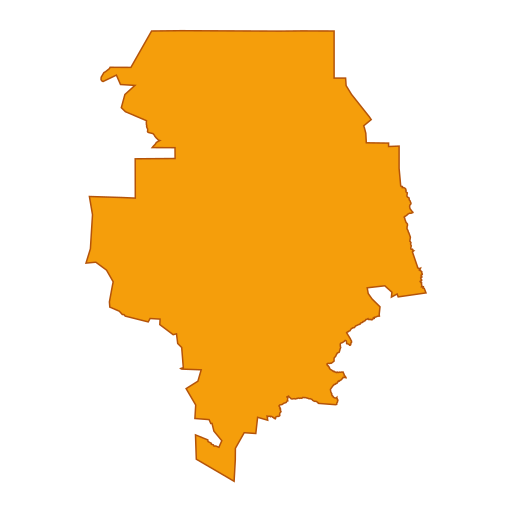 Janos, Chihuahua, Mexico
{"feature_id": "50627088B67966039519122", "entity_name": "Janos", "entity_type": "district", "adm_level": 2, "iso_a3": "MEX", "parent_name": "Mexico", "parent_adm1": "Chihuahua", "projection": "albers", "projection_center": [-108.251, 30.757], "detail": "fine", "context": "isolated", "style": "filled", "palette": "amber", "viewbox_px": 512, "rotation_deg": 0, "n_neighbors": 0, "source": "geoboundaries", "source_scale": "gbopen_adm2", "svg_char_len": 6056}
<svg xmlns="http://www.w3.org/2000/svg" viewBox="0 0 512 512"><path d="M398.2,296.9L426.0,292.9L424.2,288.3L423.0,288.1L423.3,286.7L421.5,286.8L421.9,285.3L421.5,284.3L421.6,282.9L421.6,282.7L420.9,282.6L420.1,281.5L420.4,281.0L421.3,281.0L421.7,280.4L421.6,279.6L420.8,278.9L420.9,278.2L420.7,277.9L421.0,277.5L421.9,277.1L421.9,276.8L421.1,276.2L421.2,275.0L422.0,274.8L422.3,274.4L422.3,273.9L421.7,273.0L421.9,271.9L421.4,271.6L420.7,270.6L419.9,270.5L419.3,270.1L419.5,269.6L420.3,268.9L420.5,268.2L420.1,268.4L418.8,268.5L417.6,267.7L417.7,267.4L412.4,251.9L413.6,250.9L412.8,250.8L413.0,250.0L412.5,249.2L411.3,249.3L410.8,248.8L410.8,247.7L411.3,245.9L410.6,244.3L410.6,243.6L411.0,242.8L410.3,241.6L409.8,241.2L410.4,237.2L408.8,232.7L408.3,231.9L408.0,230.6L407.0,228.8L407.1,226.5L407.5,225.5L407.4,225.0L407.5,224.2L407.0,223.4L406.1,222.5L404.9,219.3L404.7,218.0L404.2,217.4L404.2,217.0L404.7,216.4L405.4,216.2L407.2,214.9L407.5,214.4L409.2,213.4L409.6,213.2L410.2,213.3L411.6,213.1L412.8,212.5L413.4,212.7L412.2,211.6L410.1,208.8L409.9,208.4L409.6,206.6L409.8,205.2L410.9,203.9L411.0,203.0L410.5,202.4L410.3,201.2L409.2,199.8L409.1,198.1L408.7,197.6L407.6,197.2L407.0,196.3L406.9,195.9L407.3,192.8L406.1,192.0L405.9,191.4L406.1,190.6L405.7,190.0L405.9,189.7L405.8,189.1L404.8,188.1L403.3,187.5L402.3,187.6L402.3,186.5L401.3,186.3L400.7,185.9L399.1,168.4L399.1,146.1L388.6,146.5L388.6,143.1L366.3,142.8L365.8,133.2L364.4,127.8L363.7,125.8L371.2,119.6L369.3,116.8L351.5,94.4L346.1,85.6L345.6,78.1L334.1,78.1L334.1,31.0L302.0,30.9L280.1,31.1L181.1,30.7L151.6,31.0L130.9,67.4L110.1,67.3L109.4,68.6L105.5,71.7L103.9,72.6L101.2,77.2L101.0,79.3L101.2,80.0L102.2,81.2L103.1,81.5L116.4,75.1L120.5,84.5L134.9,85.4L124.9,94.5L121.3,107.7L125.4,111.7L146.5,120.7L146.3,122.8L146.5,124.5L146.4,124.7L146.8,125.8L146.6,126.7L147.1,128.0L147.6,128.8L147.7,130.1L147.5,131.6L147.7,132.0L148.5,132.5L152.9,133.6L154.0,134.7L154.9,136.3L156.4,138.1L157.3,138.9L158.2,139.9L159.0,140.3L159.8,140.5L156.4,142.4L155.1,144.4L153.4,146.1L152.2,147.6L175.0,147.7L175.1,158.5L135.2,158.8L135.3,198.1L121.6,197.5L89.4,196.5L92.5,214.7L90.4,248.8L86.0,263.1L95.8,262.2L106.5,270.1L113.2,281.8L112.5,285.1L109.4,301.9L109.8,307.1L119.3,311.2L122.3,314.5L124.0,314.6L125.2,316.1L148.2,321.9L150.1,318.5L160.1,319.1L159.8,324.6L173.2,334.7L176.5,333.8L177.7,343.5L181.7,347.5L183.3,367.7L180.7,368.5L181.2,368.9L182.0,369.1L201.2,369.8L197.9,381.2L186.1,388.6L195.7,405.0L194.9,418.5L209.1,419.6L210.8,423.5L212.0,423.4L213.9,431.1L221.8,440.7L218.9,447.3L215.8,446.0L214.1,446.1L213.3,444.8L211.4,444.3L211.3,443.3L208.0,441.5L207.8,439.9L195.5,434.9L196.3,459.2L234.1,481.3L235.3,459.7L235.4,448.3L244.2,432.7L255.8,433.5L257.6,417.3L267.7,420.2L267.1,416.1L268.4,416.5L268.6,416.2L269.5,416.2L270.5,416.7L270.7,416.3L271.0,416.3L272.2,416.7L272.7,417.3L273.4,417.4L273.5,417.7L274.0,417.9L274.2,418.4L275.4,418.8L275.6,418.4L275.5,417.5L276.0,416.9L277.5,416.3L278.0,416.5L279.0,416.2L279.6,415.8L279.9,415.1L279.5,414.4L279.7,413.7L279.9,413.0L281.0,411.7L280.9,411.2L280.6,410.9L280.4,410.4L280.5,409.8L280.1,409.1L280.5,409.1L280.5,408.9L280.3,408.7L280.1,407.8L279.7,407.4L279.7,407.0L279.0,406.1L279.0,405.8L279.3,405.7L279.6,405.0L282.1,404.5L283.9,403.2L284.7,403.0L286.1,402.5L287.1,401.0L287.8,400.8L287.6,400.3L287.5,399.6L287.8,397.9L287.0,397.2L286.9,396.9L288.6,396.1L289.0,396.9L289.3,397.2L290.6,398.1L291.0,398.7L292.0,399.0L294.3,398.6L295.0,398.9L295.9,398.9L296.5,398.5L297.3,398.5L298.1,398.1L298.9,398.1L299.7,398.4L300.5,398.1L301.9,398.3L302.5,397.5L303.6,397.5L304.2,397.7L304.7,397.5L306.4,397.8L307.0,398.1L307.6,398.1L309.0,398.8L310.5,398.7L310.8,399.0L312.1,399.5L312.6,400.3L314.2,401.2L314.9,401.4L315.8,401.3L316.5,401.5L317.5,402.4L318.2,402.8L318.3,403.3L318.6,403.4L335.5,404.7L336.7,404.4L336.8,403.0L337.6,401.8L337.5,400.9L337.9,400.3L337.7,399.7L337.3,398.9L337.1,398.9L337.1,398.2L336.5,397.9L336.6,397.5L335.8,398.1L334.6,397.9L333.4,397.2L333.5,397.0L332.4,395.6L332.2,395.7L331.7,394.7L331.8,393.8L330.8,392.0L330.4,389.4L330.6,389.0L333.3,385.3L333.6,385.3L334.1,384.5L335.2,384.3L335.6,383.6L336.0,383.7L337.0,383.3L337.1,382.9L337.9,381.9L337.9,381.7L338.8,381.4L338.7,381.1L339.0,381.1L339.2,380.7L339.7,380.8L340.2,380.3L341.3,379.8L342.1,378.7L342.3,378.7L342.8,378.1L342.8,377.8L343.1,377.4L345.1,377.5L346.0,377.8L346.0,377.5L344.9,375.9L344.3,375.6L344.3,375.1L344.1,374.4L343.0,372.0L342.5,372.2L341.8,372.0L340.3,372.3L339.4,372.1L338.8,372.5L338.1,372.3L337.8,372.4L337.3,372.1L336.9,372.5L336.5,372.6L336.0,372.4L335.9,372.1L335.2,372.1L334.3,371.6L334.1,371.6L334.0,371.3L333.6,371.4L333.5,371.1L332.7,371.0L332.0,370.3L330.4,369.4L329.8,368.7L329.3,368.0L329.4,367.3L328.6,366.6L328.4,366.0L327.9,365.9L327.8,365.5L327.1,365.0L327.0,364.4L327.1,363.8L327.7,363.7L327.8,363.4L329.0,363.3L329.6,363.5L330.7,363.1L330.9,363.3L331.4,363.2L334.0,361.2L334.1,360.9L334.0,359.9L334.1,358.2L334.3,357.7L335.6,356.4L336.6,354.1L337.0,353.8L337.3,353.0L339.1,352.3L339.7,350.7L339.9,349.6L340.7,347.4L340.2,345.9L340.4,345.4L340.2,344.7L340.3,343.9L340.5,343.5L341.3,342.9L342.2,342.7L344.2,341.4L344.9,340.5L345.3,340.4L346.3,340.9L346.7,343.0L346.6,343.5L346.9,343.8L347.5,343.8L348.6,344.2L349.3,344.6L349.5,345.2L350.0,345.3L350.5,345.0L350.8,344.2L351.0,342.8L351.6,342.2L351.5,341.0L351.2,340.7L350.3,338.7L346.7,332.9L346.6,332.7L347.4,332.0L348.2,331.8L348.3,331.5L348.7,331.2L349.9,330.8L350.9,329.2L352.0,328.3L352.5,328.1L352.8,327.7L354.0,327.7L354.5,327.5L355.6,325.9L356.1,325.8L358.5,324.6L359.2,324.5L359.5,324.1L360.3,324.0L360.6,323.2L361.2,322.8L362.0,322.6L362.6,322.3L362.9,321.6L363.7,321.6L364.5,320.8L365.3,320.6L365.8,319.5L366.0,319.4L366.8,319.4L368.0,318.6L368.5,319.5L369.7,319.4L370.1,319.7L370.9,319.3L371.9,319.9L372.7,319.0L374.3,318.4L374.3,318.1L373.7,317.7L374.5,317.2L375.3,317.2L377.7,316.2L379.4,316.1L379.2,314.4L380.0,306.8L372.0,298.9L368.2,293.5L367.2,287.8L384.8,285.8L391.9,292.2L391.4,297.1L397.1,294.0L398.2,296.9Z" fill="#f59e0b" stroke="#b45309" stroke-width="1.5"/></svg>